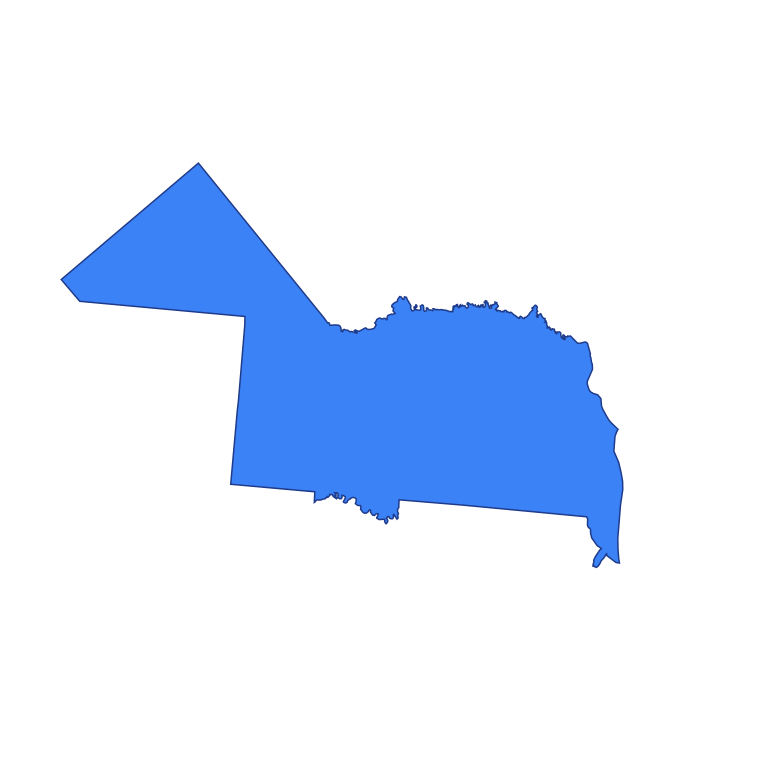 the district of 1ro. de Mayo, Chaco, Argentina, rotated 320°
{"feature_id": "61730980B22683842441482", "entity_name": "1ro. de Mayo", "entity_type": "district", "adm_level": 2, "iso_a3": "ARG", "parent_name": "Argentina", "parent_adm1": "Chaco", "projection": "mercator", "projection_center": [-58.875, -27.18], "detail": "fine", "context": "isolated", "style": "filled", "palette": "blue", "viewbox_px": 768, "rotation_deg": 320, "n_neighbors": 0, "source": "geoboundaries", "source_scale": "gbopen_adm2", "svg_char_len": 6169}
<svg xmlns="http://www.w3.org/2000/svg" viewBox="0 0 768 768"><g transform="rotate(320 384 384)"><path d="M204.1,125.1L320.9,242.9L315.4,249.2L261.2,303.8L254.9,309.7L202.1,362.3L261.7,422.1L254.5,429.9L256.0,430.0L256.3,429.6L257.6,429.5L258.9,430.2L259.5,431.1L261.3,432.4L262.9,432.7L264.9,434.0L267.5,433.8L267.1,434.2L268.8,434.8L271.1,434.4L271.4,433.7L273.3,435.6L272.8,437.6L273.9,441.4L274.6,441.1L274.8,437.7L275.9,438.3L276.6,437.1L276.4,435.8L278.0,437.0L278.1,439.3L277.6,439.7L277.1,439.7L275.8,441.3L276.2,443.3L277.8,444.5L279.3,443.6L280.1,442.2L281.1,443.2L281.9,445.4L281.2,446.4L277.1,448.1L277.2,449.1L278.1,450.5L279.7,450.9L281.5,449.9L285.0,450.4L285.8,450.2L287.6,451.1L288.6,452.7L288.8,454.3L287.1,456.1L285.2,457.2L285.4,458.6L286.1,460.5L287.8,462.0L287.4,463.3L285.5,464.9L285.4,468.9L285.9,470.3L287.4,471.5L289.6,471.7L291.3,471.1L292.5,471.6L292.3,472.4L291.5,473.1L291.2,474.2L291.0,477.2L292.2,478.6L294.3,478.4L296.1,479.4L296.1,479.9L294.1,481.2L292.8,481.5L292.2,482.1L293.2,484.8L297.2,487.7L297.0,488.9L296.3,489.4L295.7,491.3L295.6,492.1L296.0,492.5L298.1,492.0L299.0,491.2L299.5,490.0L299.6,488.3L301.3,488.3L301.6,487.9L302.3,488.5L302.5,489.3L302.0,490.3L302.9,491.9L304.2,492.8L306.2,491.5L307.1,490.1L307.7,490.3L307.1,495.9L308.7,495.7L310.0,493.5L311.9,492.4L312.2,490.7L313.4,489.2L313.9,488.7L315.8,488.2L321.1,482.4L366.4,527.3L453.8,615.9L453.2,618.5L449.5,622.4L448.7,623.9L448.4,625.6L448.7,625.7L448.8,627.8L448.4,628.6L446.4,631.0L444.2,635.4L443.4,644.9L444.8,649.8L442.1,650.0L434.7,652.2L431.3,653.8L430.8,654.8L427.5,657.2L427.1,657.8L428.0,658.1L427.7,658.5L427.7,659.0L428.9,661.1L431.4,661.1L433.8,660.4L436.8,659.0L440.9,658.5L446.0,656.8L444.3,658.2L447.0,669.9L449.3,672.5L451.4,668.9L456.8,661.3L463.9,652.5L487.4,628.7L499.0,618.4L504.3,611.8L508.7,604.2L513.4,594.9L516.9,583.2L527.3,572.6L531.3,570.3L534.1,569.2L533.1,559.5L533.1,556.2L533.7,552.3L535.4,543.8L536.4,540.8L540.7,534.7L540.8,534.0L540.7,529.5L538.3,525.9L537.3,523.2L537.2,521.3L537.8,519.0L539.8,514.5L541.5,512.6L553.1,506.8L554.1,505.6L556.2,502.8L557.1,500.4L559.4,496.7L560.1,494.7L561.4,493.7L565.9,483.9L565.9,482.4L565.0,481.0L560.9,479.1L558.5,477.3L557.7,467.1L556.3,466.3L555.7,465.3L554.4,465.6L553.8,464.7L553.3,464.8L553.2,462.0L552.8,461.6L552.4,461.6L551.4,462.7L551.7,464.7L551.4,466.2L550.5,465.7L550.4,464.4L549.7,463.1L550.5,460.7L552.2,458.5L552.0,457.0L549.9,455.4L549.2,456.3L548.6,456.5L548.4,456.3L548.2,455.2L548.9,454.0L548.5,453.3L549.6,451.8L549.6,451.2L548.5,450.7L548.5,449.9L548.2,449.7L547.1,450.2L546.5,449.4L546.5,448.5L547.3,448.0L546.9,447.0L547.1,446.3L545.7,446.6L545.0,446.0L546.3,444.6L547.0,442.7L547.9,441.7L547.9,441.1L547.0,440.1L548.5,440.1L548.6,439.8L548.2,439.1L548.5,438.1L549.4,437.6L549.3,437.1L548.7,437.0L548.4,435.8L548.5,433.6L549.2,431.7L549.0,430.7L546.6,430.6L545.8,430.8L545.4,431.6L544.6,431.7L544.3,431.5L544.4,430.1L546.3,429.2L546.7,427.2L548.3,427.2L548.9,424.8L550.3,424.2L550.9,423.6L551.0,421.8L550.7,421.0L550.1,420.8L548.1,421.1L547.7,421.7L546.8,420.9L546.2,420.9L545.4,423.1L543.7,422.9L540.7,423.4L539.6,424.0L536.4,424.2L535.1,424.0L534.4,423.4L533.5,423.9L532.7,423.3L532.5,420.9L532.1,419.9L530.9,419.9L530.1,420.7L529.4,420.3L529.2,418.6L528.7,418.0L528.7,416.3L528.0,414.6L527.6,411.6L527.1,410.3L525.7,410.0L525.2,408.1L524.5,407.8L524.8,407.3L524.8,406.3L524.0,405.3L523.4,405.2L522.2,405.8L521.9,405.6L522.0,404.8L520.0,403.9L520.1,402.5L519.4,402.0L518.9,401.1L517.5,400.8L518.1,399.7L517.5,399.1L517.4,398.4L521.2,398.0L521.7,397.7L521.8,395.8L522.7,394.1L521.6,392.6L520.9,394.0L518.6,393.5L518.2,393.1L517.0,393.5L516.8,392.4L516.4,392.2L515.8,392.9L515.5,394.6L514.6,394.6L513.6,394.0L513.8,392.9L514.6,392.2L514.9,389.8L515.6,389.2L515.7,388.8L515.2,388.5L515.1,387.9L516.0,386.8L515.4,385.5L515.0,385.4L514.7,386.0L514.2,386.2L513.3,385.8L513.2,386.3L513.8,386.8L513.6,387.4L511.3,389.6L509.7,389.4L509.4,389.0L509.5,388.0L510.2,387.8L510.9,386.8L510.5,386.5L509.5,386.7L509.1,385.8L507.9,386.0L508.1,386.8L507.6,387.0L506.2,386.5L506.2,385.6L506.8,384.5L505.7,384.3L504.9,384.6L504.4,384.1L504.3,382.6L504.7,382.1L503.2,381.7L502.8,381.1L503.3,380.3L503.1,379.4L501.5,378.9L500.7,375.9L500.0,375.5L498.9,376.3L498.8,376.9L499.2,377.1L499.2,377.9L498.2,379.3L496.8,379.3L496.2,379.0L495.9,378.2L496.3,376.1L495.1,375.5L494.9,374.2L493.5,374.4L492.9,373.9L493.7,372.6L491.8,372.4L491.5,372.7L491.5,373.7L490.6,373.9L489.8,371.6L491.3,370.3L490.7,369.9L489.2,370.0L488.4,369.6L488.2,370.2L487.6,370.3L487.3,369.1L486.3,369.4L486.0,370.4L485.3,370.6L485.6,371.3L485.4,371.6L484.0,371.6L483.5,372.5L483.0,372.8L482.0,371.5L480.7,370.9L480.6,369.9L479.9,369.2L479.4,368.1L475.6,363.7L474.3,362.9L472.2,360.7L471.4,360.7L471.1,359.2L470.4,358.3L469.9,357.9L469.5,358.9L468.4,359.1L467.9,357.9L466.0,356.1L466.2,353.8L465.8,353.2L465.2,353.1L464.1,354.8L463.4,355.0L462.6,354.9L461.7,354.3L461.8,353.3L464.0,350.3L464.5,349.1L464.4,348.4L464.0,347.9L461.8,347.7L460.4,350.4L458.7,350.5L456.1,347.5L456.1,347.0L456.9,345.9L458.2,346.2L458.9,345.9L459.5,345.1L459.6,344.2L459.1,343.9L458.4,345.0L457.1,344.4L456.3,344.4L455.2,346.7L454.5,346.9L452.6,346.3L452.8,343.8L453.8,342.2L454.9,341.4L455.4,338.6L455.3,338.0L455.9,336.6L455.8,335.1L456.9,332.0L455.7,330.4L454.0,331.6L453.2,331.8L452.9,331.3L453.1,328.5L452.7,327.6L452.2,327.1L449.0,328.0L447.1,329.3L444.1,328.5L442.0,328.5L441.1,328.6L439.8,329.5L439.6,330.6L440.2,332.1L437.9,333.7L437.9,337.1L434.9,335.9L434.6,335.2L431.1,334.0L429.4,334.7L427.8,336.6L427.1,336.4L427.0,334.4L426.0,333.5L425.4,333.6L424.3,333.0L423.4,331.0L421.8,330.1L419.8,330.0L417.6,331.1L416.2,331.2L416.0,333.7L412.3,335.0L409.7,334.0L407.5,332.6L406.3,331.0L406.1,329.4L405.7,329.0L399.0,327.7L398.1,326.9L396.8,324.2L396.3,324.1L395.6,324.1L396.3,327.4L395.9,327.6L392.7,322.7L391.4,322.1L390.7,319.3L389.3,318.1L388.6,316.5L387.6,316.2L386.9,316.4L386.5,317.2L385.7,317.2L385.2,315.7L386.3,314.6L387.0,313.3L387.4,312.0L387.4,310.8L387.0,309.7L384.1,307.0L380.3,304.3L381.1,302.5L381.1,301.6L380.1,301.0L380.5,295.3L383.8,95.5L203.9,96.5L204.1,125.1Z" fill="#3b82f6" stroke="#1e3a8a" stroke-width="1.5"/></g></svg>